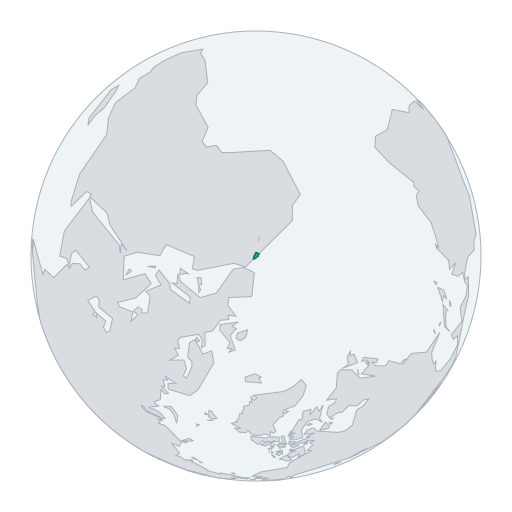 globe centered on Doukkala - Abda, rotated 189°
{"feature_id": "MAR-1457", "entity_name": "Doukkala - Abda", "entity_type": "Region", "adm_level": 1, "iso_a3": "MAR", "parent_name": "Morocco", "parent_adm1": "", "projection": "orthographic", "projection_center": [-8.625, 32.606], "detail": "fine", "context": "on_globe", "style": "filled", "palette": "teal", "viewbox_px": 512, "rotation_deg": 189, "n_neighbors": 0, "source": "natural_earth", "source_scale": "10m", "svg_char_len": 10326}
<svg xmlns="http://www.w3.org/2000/svg" viewBox="0 0 512 512"><g transform="rotate(189 256 256)"><circle cx="256" cy="256" r="225" fill="#eef3f6" stroke="#a8b0b8"/><path d="M201.8,37.3L194.0,40.0L195.1,40.1L203.5,37.5L206.4,37.1L212.2,35.9L215.0,35.9L209.5,38.3L211.2,38.6L217.0,36.8L223.5,36.2L214.7,38.7L225.1,38.1L217.8,43.3L192.0,52.1L190.5,57.1L170.7,72.5L175.1,71.9L170.4,78.2L173.7,80.1L169.1,83.0L175.8,82.1L179.3,79.1L183.4,77.9L185.7,78.9L180.2,82.5L178.3,82.6L177.9,84.2L174.2,85.7L177.3,85.6L170.4,90.3L180.5,87.3L177.8,92.4L172.3,95.2L168.6,92.6L146.8,94.7L140.1,97.7L134.3,104.0L132.5,119.8L126.8,124.5L122.3,132.5L127.3,130.6L132.7,123.8L140.9,122.9L146.4,115.3L150.6,114.0L158.0,107.7L161.4,111.3L160.7,118.4L154.7,124.1L154.3,127.6L163.6,124.7L156.0,138.4L157.3,153.3L154.8,156.9L143.4,158.5L134.1,151.5L119.3,156.0L133.4,156.1L127.1,166.1L127.9,169.2L130.9,170.7L135.1,168.3L133.9,172.6L119.5,173.5L120.3,169.6L124.9,169.1L120.5,166.2L110.7,167.9L108.3,173.4L96.1,172.0L94.2,176.1L90.5,178.5L94.3,171.9L87.2,184.1L72.5,187.8L62.4,209.6L67.4,188.4L66.1,182.1L63.6,177.1L61.8,180.5L61.0,170.7L56.0,171.1L47.8,185.0L43.0,200.2L44.5,209.0L47.9,204.4L50.7,209.0L42.4,223.7L46.3,236.7L42.3,249.9L42.6,260.2L46.0,263.4L49.2,272.0L53.6,267.4L59.8,268.7L57.7,280.4L62.8,273.0L65.0,281.7L78.6,292.1L77.0,293.9L88.1,316.2L103.7,331.1L107.2,341.3L105.0,345.4L111.2,349.8L111.3,353.1L138.9,369.0L155.6,382.1L156.7,393.0L146.1,401.2L144.3,422.1L127.3,421.4L128.3,428.3L124.1,433.8L113.2,426.9L121.8,434.7L120.2,434.8L114.5,431.0L118.3,434.2L115.0,431.7L101.9,420.3L89.7,408.0L86.8,404.6L69.6,374.6L64.7,365.5L54.8,349.2L42.2,312.3L43.0,304.0L41.4,296.4L46.9,287.6L47.1,270.5L45.7,265.7L43.1,268.8L39.8,250.1L40.9,235.2L42.9,186.6L45.8,177.6L50.0,168.1L72.1,127.3L52.6,160.4L57.1,150.7L64.7,137.3L65.4,136.7L77.1,119.9L84.1,110.8L101.3,93.0L121.1,79.0L115.9,83.4L121.2,80.1L128.1,74.6L131.3,71.9L159.1,57.7L183.4,46.0L186.6,43.3L189.4,43.6L192.6,40.0L200.8,37.6L201.8,37.3ZM58.9,216.0L63.6,237.3L58.0,232.2L59.6,231.6L59.1,224.6L57.0,215.4L52.9,211.8L58.9,216.0ZM67.7,209.6L66.6,206.9L68.1,208.7L67.7,209.6ZM132.3,70.9L127.9,74.6L120.6,80.0L123.9,76.8L132.3,70.9ZM146.6,62.1L145.4,63.4L139.6,66.0L142.1,64.4L146.6,62.1ZM188.3,41.9L184.2,43.5L187.2,42.1L188.3,41.9ZM212.5,35.8L212.7,35.5L215.6,35.1L212.5,35.8ZM155.6,106.3L156.7,107.0L154.8,107.8L155.6,106.3ZM157.7,103.0L154.6,103.4L155.2,101.9L157.1,101.7L157.7,103.0ZM222.5,34.8L227.1,34.4L221.5,35.2L222.5,34.8ZM161.4,102.9L156.6,99.3L157.6,96.8L165.7,94.0L161.4,102.9ZM229.1,34.5L240.3,34.1L241.7,33.3L243.9,35.8L233.7,35.0L226.6,35.9L230.0,34.9L229.1,34.5ZM179.5,77.8L175.8,80.9L176.8,77.5L179.5,77.8ZM179.1,75.9L176.3,68.1L182.9,64.4L182.5,67.5L189.4,62.3L194.0,64.3L191.3,67.6L186.1,69.5L191.8,68.9L179.1,75.9ZM243.3,37.5L245.2,38.0L242.1,38.0L243.3,37.5ZM185.2,77.1L184.0,75.7L189.6,72.3L193.0,74.5L190.1,74.9L185.2,77.1ZM188.9,60.2L193.7,58.3L198.8,59.3L201.3,58.8L194.7,64.0L188.9,60.2ZM190.0,76.2L194.6,75.8L194.0,78.5L186.7,78.3L190.0,76.2ZM189.7,70.5L192.5,69.1L192.1,70.6L189.7,70.5ZM194.5,88.3L193.0,86.3L195.8,84.3L194.5,88.3ZM196.3,75.6L196.5,74.7L197.4,73.7L200.3,74.1L196.3,75.6ZM198.7,64.5L199.8,65.5L201.7,62.4L205.6,63.3L200.4,66.8L204.3,65.7L205.5,66.0L199.9,68.5L198.7,64.5ZM206.0,71.9L200.8,77.1L203.0,81.1L200.5,82.9L197.4,76.3L206.0,71.9ZM202.9,69.6L204.3,71.4L200.5,72.5L197.3,72.1L202.9,69.6ZM210.0,62.8L205.4,60.4L206.7,59.8L210.0,62.8ZM207.3,72.7L208.6,71.5L207.9,72.8L207.3,72.7ZM210.0,65.5L208.2,64.6L209.7,63.9L210.0,65.5ZM212.5,69.8L210.8,71.4L208.6,71.1L212.5,69.8ZM212.0,67.6L214.5,66.8L208.8,70.0L210.9,67.3L212.0,67.6ZM211.8,64.9L212.1,64.2L212.3,65.4L211.8,64.9ZM222.0,70.4L215.4,74.5L210.4,73.6L217.5,69.7L222.0,70.4ZM289.1,33.2L288.9,33.1L268.5,32.0L277.6,32.2L278.3,32.6L283.3,33.2L289.5,33.6L288.5,33.3L312.5,38.7L332.9,44.5L324.8,41.5L340.2,47.0L355.1,53.7L369.4,61.4L383.2,70.1L396.3,79.7L408.6,90.3L420.2,101.8L430.9,114.0L440.7,127.0L449.5,140.7L457.4,155.0L464.1,169.8L460.5,163.0L464.6,175.4L472.6,206.2L477.5,225.0L478.6,237.7L470.5,219.6L463.4,204.1L462.7,209.8L452.5,202.9L441.4,218.0L437.9,214.9L436.2,220.1L428.7,220.7L422.5,215.2L418.9,219.1L435.0,233.5L438.6,229.4L438.9,217.6L442.9,224.0L449.8,225.2L449.2,250.8L429.5,287.2L424.3,273.9L392.2,244.8L391.4,239.6L391.1,239.1L390.5,238.3L390.9,247.2L384.3,240.9L405.0,263.8L409.9,275.2L429.3,288.4L428.2,291.6L433.5,293.1L446.3,276.3L447.1,281.2L443.1,309.1L422.4,352.7L423.3,369.5L418.6,385.6L401.7,403.2L399.0,413.1L389.7,420.7L386.4,426.5L376.5,435.2L361.6,445.1L340.7,452.0L342.6,447.8L337.0,441.3L330.7,419.5L339.5,405.5L339.0,395.7L323.4,375.5L327.1,360.8L322.1,355.8L312.3,359.1L306.2,352.9L299.9,353.6L258.6,362.6L244.0,353.7L221.9,323.7L228.0,311.4L225.6,296.7L264.6,243.5L276.7,245.3L311.7,232.6L316.8,233.4L316.8,245.9L346.5,253.2L351.1,241.3L373.8,241.2L386.2,235.2L383.3,211.8L362.9,221.2L355.2,212.3L368.3,195.8L385.5,188.4L383.1,184.7L368.7,181.4L369.2,172.0L363.4,179.6L368.3,182.2L364.8,187.3L360.1,185.4L360.4,182.0L354.2,182.6L354.2,199.6L359.3,204.0L345.2,212.6L352.3,221.0L349.7,227.0L336.8,215.2L335.4,209.6L314.3,198.8L314.5,205.2L334.4,216.2L329.8,216.3L330.3,226.1L326.2,218.8L304.5,206.1L289.4,213.2L276.4,239.4L266.3,242.7L255.1,239.3L253.8,215.2L276.4,210.7L276.2,203.0L266.5,193.4L274.2,193.2L273.0,189.0L281.0,187.0L287.2,175.2L294.6,172.5L292.1,159.6L295.6,156.7L296.0,165.0L300.3,169.7L318.1,163.8L320.1,160.3L317.0,152.6L322.3,152.4L317.1,145.8L324.9,139.6L311.0,141.9L307.1,134.0L309.0,126.2L305.3,124.2L302.0,137.0L302.9,141.9L307.7,145.3L308.1,160.1L303.1,164.0L293.2,150.8L285.0,155.3L280.9,143.9L292.3,114.9L299.5,107.7L321.9,110.8L323.0,116.3L315.6,117.7L327.0,123.1L323.9,119.4L328.3,119.5L325.6,112.7L328.6,112.5L320.9,106.6L324.3,105.6L329.1,109.3L328.0,99.3L333.6,96.1L331.9,94.0L328.5,92.7L337.9,90.0L336.3,88.6L332.6,88.9L326.8,86.5L320.4,81.5L324.0,80.8L326.8,82.5L338.2,85.5L345.1,90.7L345.9,90.0L340.7,85.4L326.9,81.6L322.0,78.9L328.5,79.8L325.8,79.2L324.5,77.7L326.5,75.7L319.4,74.4L300.2,60.5L302.3,55.9L310.2,57.9L300.6,49.4L303.7,46.2L300.3,46.3L293.4,43.2L292.3,44.1L290.1,43.9L271.8,37.8L270.3,36.4L258.6,35.1L256.8,35.3L257.2,36.2L243.9,35.8L241.7,33.3L245.8,32.8L241.7,32.1L251.7,31.4L258.1,30.9L271.4,31.5L275.3,31.6L273.2,31.4L273.8,31.4L289.1,33.2ZM255.8,270.8L255.9,275.4L255.8,270.8ZM407.1,191.5L415.2,185.8L405.8,175.5L408.1,172.7L404.0,170.5L405.0,174.9L394.2,168.3L395.6,161.8L391.6,156.9L388.7,158.7L387.9,171.9L403.4,181.1L404.0,187.9L407.1,191.5ZM79.1,292.2L80.5,295.8L78.1,294.1L79.1,292.2ZM55.7,236.1L57.4,238.7L57.8,241.8L56.2,240.5L55.7,236.1ZM73.9,255.9L76.6,259.5L73.1,257.8L73.9,255.9ZM64.7,240.4L71.7,253.5L65.1,251.6L60.9,243.5L64.6,246.2L64.7,240.4ZM63.7,215.2L64.5,217.6L63.2,219.2L63.7,215.2ZM68.7,211.1L68.2,210.7L68.5,208.2L68.7,211.1ZM127.9,166.0L129.0,166.1L131.4,168.4L128.9,168.9L127.9,166.0ZM150.2,170.5L147.7,177.5L147.8,172.6L143.8,174.3L139.0,166.6L153.3,158.4L147.7,163.3L150.2,170.5ZM136.5,154.9L137.9,160.2L135.8,154.8L136.5,154.9ZM258.4,169.7L262.8,171.7L262.1,176.9L252.7,181.8L253.5,174.2L258.4,169.7ZM269.1,173.5L261.9,160.0L267.5,156.8L265.6,160.8L270.0,160.1L268.1,166.3L280.4,177.3L280.6,182.7L263.2,188.0L268.8,183.0L264.1,181.1L269.1,173.5ZM233.9,135.9L230.8,131.4L246.8,130.3L247.8,134.7L238.5,139.5L231.8,137.2L233.9,135.9ZM176.7,99.2L174.5,98.6L176.0,97.4L179.1,97.0L176.7,99.2ZM193.5,87.5L187.9,101.2L185.1,101.1L185.1,110.0L177.7,113.2L178.0,107.2L172.3,116.7L169.6,112.5L166.6,119.2L167.8,105.4L165.1,102.5L171.0,104.4L177.8,101.5L179.9,99.3L184.0,91.3L181.6,84.2L188.0,80.7L193.2,80.1L194.7,81.3L190.1,83.1L195.5,83.3L190.0,86.9L193.5,87.5ZM250.0,82.8L243.9,83.1L253.9,86.8L248.4,89.3L249.9,89.6L247.6,93.1L247.3,98.0L244.2,98.7L245.5,100.4L244.0,103.0L244.6,105.6L239.3,107.9L239.7,111.4L237.0,110.6L239.1,116.1L235.1,113.1L232.8,116.5L237.8,117.6L207.5,126.5L197.9,133.5L192.0,141.2L186.0,135.8L187.7,125.4L193.9,114.1L204.0,108.6L199.5,107.5L203.0,104.6L205.1,106.7L204.0,101.8L207.4,100.1L212.9,91.8L209.1,86.5L211.0,83.6L214.2,84.8L213.8,81.1L221.2,81.6L222.7,79.6L231.5,78.5L236.8,82.5L238.1,80.0L244.9,79.4L250.0,82.8ZM224.5,70.2L232.1,73.8L232.8,77.1L217.2,77.8L214.8,79.5L204.8,80.7L204.0,76.0L206.9,76.0L209.5,75.0L208.8,76.9L211.4,74.6L215.5,74.7L218.6,73.1L220.3,74.7L224.5,70.2ZM320.1,227.9L323.5,227.5L328.4,225.6L328.7,232.0L320.1,227.9ZM305.1,219.4L307.9,217.9L310.8,225.5L307.2,226.1L305.1,219.4ZM306.9,211.0L307.8,217.2L305.2,214.2L306.9,211.0ZM298.4,163.4L301.0,161.7L302.3,163.3L301.9,166.4L298.4,163.4ZM278.3,96.2L274.7,95.3L274.9,94.2L269.2,89.9L272.8,88.0L277.7,89.8L278.3,96.2ZM381.3,217.2L379.2,223.1L376.6,222.0L377.9,220.1L381.3,217.2ZM353.8,228.5L361.3,228.8L353.8,230.3L353.8,228.5ZM281.3,93.4L278.5,91.7L282.1,91.8L281.3,93.4ZM275.2,86.4L278.9,86.0L272.6,87.3L275.2,86.4ZM442.5,366.0L424.8,398.0L418.4,402.9L420.3,396.7L428.9,379.0L437.4,368.9L442.5,358.8L442.5,366.0ZM477.9,226.2L479.8,234.0L480.0,238.4L477.9,226.2ZM308.2,78.3L312.1,86.1L317.3,91.2L324.0,93.1L316.3,94.2L308.2,86.2L308.2,78.3ZM300.8,62.5L295.0,61.6L296.3,60.2L297.8,60.3L300.8,62.5ZM298.1,63.2L293.2,65.4L289.2,63.8L293.8,62.3L298.1,63.2ZM287.6,78.5L288.5,80.8L285.6,80.6L287.6,78.5ZM321.2,40.4L319.1,39.7L319.4,39.8L321.2,40.4ZM246.7,37.5L245.3,38.0L244.9,37.3L246.7,37.5ZM289.7,44.5L286.7,44.3L286.3,43.3L289.7,44.5ZM278.1,43.2L280.6,44.4L276.4,43.4L278.1,43.2ZM286.5,47.4L280.9,45.1L288.4,47.0L286.5,47.4Z" fill="#d9dde1" stroke="#a8b0b8" stroke-width="1"/><path d="M253.2,258.6L253.5,258.3L253.6,258.2L253.6,257.9L253.8,257.7L253.9,257.1L253.8,256.9L253.9,256.7L253.9,256.4L253.8,256.2L254.4,255.7L254.8,255.2L255.1,255.0L255.2,254.9L255.6,254.4L256.0,253.9L256.0,253.7L256.3,253.4L256.5,253.4L256.8,253.3L257.0,253.0L257.1,252.9L257.3,252.9L257.7,252.8L258.0,252.6L258.1,252.8L258.2,253.1L258.1,253.3L258.0,253.5L257.9,253.5L257.7,253.7L257.7,253.8L257.8,254.1L257.8,254.5L257.9,254.8L258.0,254.9L258.1,255.0L257.9,255.3L257.8,255.7L257.8,255.9L257.8,256.1L257.6,256.3L257.4,256.4L257.3,256.5L257.1,256.7L256.8,256.9L256.7,256.9L256.6,257.1L256.7,257.4L256.8,257.6L257.2,257.8L257.2,258.2L257.0,258.4L256.6,259.3L256.4,259.4L256.2,259.4L255.8,259.3L255.4,259.3L255.2,259.3L254.8,259.2L254.7,259.0L254.7,258.9L254.6,258.7L254.1,258.7L253.6,258.8L253.5,258.7L253.4,258.7L253.2,258.6L253.2,258.6Z" fill="#14b8a6" stroke="#0f766e" stroke-width="1.5"/></g></svg>